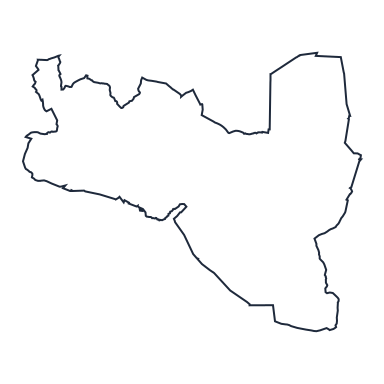 outline of Jiquilpan, Michoacán, Mexico
{"feature_id": "50627088B31285404529678", "entity_name": "Jiquilpan", "entity_type": "district", "adm_level": 2, "iso_a3": "MEX", "parent_name": "Mexico", "parent_adm1": "Michoacán", "projection": "robinson", "projection_center": [-102.775, 19.967], "detail": "fine", "context": "isolated", "style": "outline", "palette": "slate", "viewbox_px": 384, "rotation_deg": 0, "n_neighbors": 0, "source": "geoboundaries", "source_scale": "gbopen_adm2", "svg_char_len": 5758}
<svg xmlns="http://www.w3.org/2000/svg" viewBox="0 0 384 384"><path d="M249.6,305.3L273.0,305.2L275.0,321.3L281.3,323.8L285.6,324.4L287.1,324.5L289.2,325.1L291.1,326.1L297.2,327.9L306.0,329.6L311.2,330.4L314.0,331.0L316.4,331.2L319.9,330.4L326.6,328.1L328.9,329.4L329.6,330.1L333.4,329.0L334.7,328.2L336.1,327.1L335.5,325.3L336.7,323.6L337.0,320.8L336.8,317.5L337.8,310.6L337.6,307.8L337.9,302.7L337.8,302.4L338.5,301.4L338.7,299.8L338.5,298.8L337.7,297.7L336.1,296.1L334.3,294.4L332.8,293.0L329.8,292.5L327.0,293.2L325.6,292.2L325.3,288.4L326.9,286.4L327.3,285.2L325.9,282.7L325.9,280.7L325.8,279.7L326.2,278.4L325.7,277.0L325.8,276.4L324.8,275.0L326.2,269.9L324.3,264.4L323.2,262.3L320.2,259.3L319.7,258.6L319.7,256.3L319.0,254.4L319.1,252.6L318.4,250.1L316.4,245.8L316.4,243.8L314.5,238.6L318.9,235.2L321.8,234.0L324.6,233.2L327.3,231.5L329.1,230.1L330.9,229.1L332.7,228.5L335.7,227.0L336.5,225.6L338.4,223.7L339.3,222.2L339.6,221.4L339.9,220.9L341.2,218.2L342.7,216.4L345.1,212.5L345.5,211.2L347.8,200.3L346.5,199.7L349.9,194.1L350.3,194.1L351.6,192.5L351.6,192.3L352.1,191.4L351.5,190.0L350.6,188.5L350.4,188.2L350.0,188.0L350.1,187.9L350.5,187.7L350.9,187.7L351.3,187.3L359.5,160.7L359.8,160.8L360.2,160.5L360.9,159.4L361.0,159.3L359.3,159.1L359.5,158.7L360.4,158.6L360.9,155.2L360.4,155.0L357.6,153.4L353.8,153.3L351.4,150.4L344.8,142.8L345.4,141.0L348.9,119.3L348.3,118.7L348.7,118.5L349.3,115.7L350.1,115.8L346.6,104.1L344.1,73.6L343.7,72.2L340.8,57.1L315.8,55.9L317.1,52.8L300.5,55.0L299.6,55.6L299.4,55.4L296.8,57.2L296.2,57.4L286.2,64.0L284.1,65.4L275.4,71.1L270.9,74.1L270.5,74.1L270.5,79.9L270.4,82.5L269.7,129.4L268.6,129.4L268.1,132.9L262.4,131.9L262.2,131.9L262.0,132.1L261.9,132.6L261.1,132.4L258.5,132.3L258.0,132.4L257.8,132.7L257.2,132.9L256.5,133.4L255.6,132.8L254.2,132.9L253.6,133.4L253.0,133.4L252.2,133.7L251.8,133.7L251.4,133.9L249.7,134.3L248.3,134.2L247.6,134.0L247.0,134.0L245.7,133.7L245.4,133.4L244.9,133.5L244.5,133.7L244.1,133.8L243.4,132.8L241.6,132.0L239.7,131.3L238.4,131.0L236.9,130.8L235.5,130.8L233.1,131.5L229.3,133.1L228.5,132.9L228.1,132.5L225.9,129.5L223.5,127.2L222.1,126.1L220.5,125.0L219.0,124.2L217.3,123.4L214.9,122.5L213.6,121.6L201.7,115.1L202.7,109.7L202.3,104.4L202.1,104.1L201.9,104.1L200.3,104.6L200.0,103.8L195.5,95.1L192.9,89.7L191.1,90.9L188.4,92.1L186.1,92.8L182.5,95.6L181.1,96.8L181.2,95.5L179.8,93.9L173.7,89.7L173.3,89.7L172.7,89.1L171.8,88.5L170.8,87.5L168.8,85.9L166.1,83.5L157.9,82.0L156.5,81.6L151.6,80.8L148.2,80.4L146.4,79.9L142.2,77.6L141.1,80.3L140.8,83.5L138.1,88.8L138.5,90.5L138.9,91.3L139.9,92.4L139.8,93.1L139.2,94.1L134.0,97.1L133.6,98.7L131.9,100.8L129.4,101.3L128.9,102.6L123.6,105.9L123.2,107.3L121.9,108.0L121.2,108.0L120.8,107.5L120.1,107.0L117.1,103.8L117.2,102.7L117.0,101.9L116.6,101.4L116.2,101.1L115.3,101.1L114.2,98.3L113.7,97.6L112.5,97.3L110.8,95.9L110.3,95.0L110.5,93.0L109.7,89.9L110.0,87.6L109.7,86.4L109.2,85.6L108.5,85.2L107.2,84.0L106.9,84.0L106.2,83.8L104.5,83.7L103.7,83.4L102.9,83.5L102.3,83.3L101.5,83.2L100.2,83.4L98.2,82.8L94.1,82.1L92.8,81.3L92.0,80.3L91.5,80.3L89.3,78.8L87.4,78.4L87.3,76.8L87.5,75.7L86.1,75.3L84.6,77.5L84.1,78.1L80.4,79.3L78.4,80.3L75.1,82.1L73.8,83.0L72.8,84.2L71.8,86.3L71.5,86.9L70.9,87.0L70.2,86.9L69.7,87.0L68.3,86.4L66.3,85.9L65.5,85.9L65.1,86.4L64.8,87.2L64.3,88.2L63.2,89.5L61.5,89.6L61.5,86.9L61.2,86.7L61.0,86.3L61.0,85.7L61.5,82.2L61.2,80.5L60.9,79.5L59.9,77.1L59.6,76.7L59.4,76.0L59.3,75.3L59.6,74.8L60.5,74.0L58.8,70.6L58.5,70.3L58.3,66.4L58.1,65.6L58.7,65.1L60.0,63.0L60.3,62.2L60.2,61.6L59.8,61.1L59.2,59.1L58.8,58.2L58.5,57.7L58.4,56.7L59.3,55.6L58.3,55.8L54.5,57.4L51.1,58.4L49.9,58.9L49.2,59.0L47.7,59.9L47.1,60.1L41.2,59.8L37.9,59.7L38.0,60.0L35.9,66.0L38.3,69.3L38.5,69.9L32.5,75.1L33.0,76.0L33.9,78.6L33.9,79.2L34.1,79.7L34.3,80.5L34.9,81.2L35.6,81.8L35.0,83.6L33.8,84.9L32.7,86.5L34.7,87.8L35.3,88.8L35.9,89.3L36.2,89.7L36.5,90.1L36.5,91.2L36.2,91.6L36.0,91.9L38.7,94.1L39.4,95.5L40.8,99.6L41.4,100.6L42.5,99.7L42.8,101.2L43.1,104.1L43.1,105.4L43.4,106.9L44.0,108.5L44.9,110.1L46.0,111.0L46.5,111.3L51.4,108.8L57.2,120.4L56.5,124.2L57.1,124.9L57.7,126.1L57.4,127.4L57.2,128.0L57.0,129.9L56.6,131.1L55.9,131.5L52.9,131.8L52.6,131.8L52.2,131.5L51.5,131.5L51.0,131.8L50.2,132.5L49.5,132.5L49.2,132.3L48.3,132.2L46.8,133.4L46.9,133.9L44.6,134.2L40.4,133.6L37.9,132.3L36.4,132.1L34.6,132.1L32.1,132.4L30.8,132.8L28.7,134.5L27.1,135.5L26.5,136.0L25.7,137.0L31.3,138.7L28.4,143.3L27.6,147.9L24.9,154.0L23.0,161.3L25.1,167.6L25.9,169.0L27.0,169.6L28.7,170.9L29.5,171.8L31.0,172.2L32.3,173.5L32.4,174.4L32.3,175.7L32.1,176.3L31.9,177.4L34.0,178.6L35.3,180.0L38.1,180.9L39.1,180.8L40.2,180.9L40.7,180.7L44.1,180.4L46.7,181.2L51.6,183.5L59.6,186.7L61.1,186.6L65.3,185.5L63.0,188.2L70.1,191.0L70.9,191.0L71.3,190.1L72.6,190.8L72.6,191.0L84.1,190.6L85.2,191.4L99.7,194.4L115.4,199.2L115.7,199.5L117.7,198.3L118.5,197.8L119.5,196.8L123.7,202.4L124.5,200.2L129.0,202.7L128.7,203.5L136.5,206.5L137.7,205.8L137.6,206.4L137.9,206.5L139.4,207.5L140.0,210.6L142.2,210.9L141.5,208.4L142.9,209.0L145.5,212.4L145.8,215.8L146.7,216.6L148.2,216.8L149.0,217.0L150.6,217.0L151.4,217.3L152.1,218.2L153.2,218.1L155.0,218.5L155.8,217.9L156.3,218.0L157.4,219.5L157.9,219.3L158.7,219.4L159.1,220.3L159.6,220.4L160.5,219.9L162.1,220.2L163.9,219.3L165.0,219.0L165.4,217.8L166.6,217.2L167.1,216.3L168.4,215.6L168.5,213.8L169.9,213.3L170.2,211.7L171.8,211.2L173.0,209.7L173.1,209.3L173.4,209.4L174.1,208.8L174.9,209.0L178.6,206.5L179.9,204.3L182.2,204.0L184.2,204.1L186.4,206.7L181.2,212.3L180.1,212.3L177.1,216.1L173.9,218.8L174.7,220.7L175.1,222.2L184.1,234.9L193.2,254.1L196.6,258.0L198.0,258.7L197.6,259.1L202.0,264.1L209.8,270.1L214.1,273.0L230.2,290.5L247.0,302.0L249.7,304.3L249.6,305.3Z" fill="none" stroke="#1e293b" stroke-width="2"/></svg>